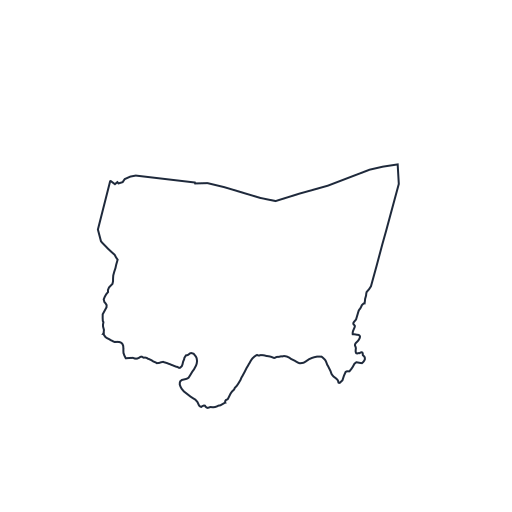 Thamazo, Dennery, Saint Lucia, rotated 50°
{"feature_id": "8701671B30671419360126", "entity_name": "Thamazo", "entity_type": "district", "adm_level": 2, "iso_a3": "LCA", "parent_name": "Saint Lucia", "parent_adm1": "Dennery", "projection": "natural_earth1", "projection_center": [-60.943, 13.934], "detail": "fine", "context": "isolated", "style": "outline", "palette": "slate", "viewbox_px": 512, "rotation_deg": 50, "n_neighbors": 0, "source": "geoboundaries", "source_scale": "gbopen_adm2", "svg_char_len": 6068}
<svg xmlns="http://www.w3.org/2000/svg" viewBox="0 0 512 512"><g transform="rotate(50 256 256)"><path d="M398.1,274.1L398.9,273.9L399.5,273.8L400.1,273.6L401.2,273.4L402.8,273.2L403.3,273.2L404.4,273.4L404.6,273.5L405.2,273.8L405.8,274.1L406.0,274.2L406.3,274.1L406.6,273.9L407.0,273.4L406.8,269.7L404.2,265.5L402.4,261.8L402.8,260.4L404.4,258.6L403.8,255.5L403.1,253.1L401.8,249.8L401.9,247.4L405.4,244.5L406.2,243.7L406.1,241.8L405.7,240.3L405.2,239.2L405.0,238.9L404.0,238.1L402.9,237.7L402.2,237.7L400.7,237.9L400.2,237.6L399.8,237.3L399.3,236.9L398.8,236.7L398.3,236.6L397.7,236.9L397.5,237.1L397.2,237.9L396.9,239.3L396.2,240.0L395.7,241.2L394.9,241.7L394.4,241.6L393.4,241.2L392.8,240.7L391.8,239.8L391.2,239.1L390.7,238.7L389.8,238.2L388.2,237.7L387.8,237.4L387.3,236.8L387.0,236.1L386.8,235.3L386.6,232.7L386.2,231.0L385.6,229.5L385.0,228.6L384.5,228.1L383.9,227.9L383.2,227.9L382.5,228.1L382.2,228.3L381.1,229.4L379.7,230.5L378.7,231.5L378.5,231.8L378.1,232.2L377.8,232.0L377.3,231.6L376.6,230.9L375.9,230.0L375.0,228.3L374.0,226.3L373.5,225.6L373.1,225.2L372.3,225.1L371.8,225.1L371.3,225.2L370.7,225.1L370.2,224.8L369.8,224.3L369.6,223.8L369.4,222.9L369.1,221.0L368.9,220.1L368.5,219.5L365.6,215.1L364.7,213.8L364.4,213.2L364.0,212.7L363.8,212.2L363.6,211.7L363.4,211.1L363.3,210.1L362.3,207.6L361.8,206.8L361.7,206.3L361.6,205.2L361.6,204.0L361.8,203.6L362.1,203.3L360.4,201.4L359.0,200.0L357.1,197.2L355.5,195.5L354.7,194.4L354.1,190.7L353.1,187.4L341.3,170.3L328.1,151.5L320.4,140.2L309.1,124.0L292.6,100.3L276.9,88.6L269.1,101.4L262.9,113.5L248.3,155.8L236.1,182.7L226.5,205.7L214.3,215.4L182.8,236.1L169.0,246.3L161.3,256.0L160.4,255.6L117.1,296.4L114.4,301.2L112.7,307.1L113.7,310.7L112.0,314.7L110.3,314.7L110.3,317.9L105.2,319.1L105.0,319.7L134.1,360.1L145.1,365.3L146.9,365.3L155.3,364.7L160.2,364.1L164.2,363.5L167.0,364.1L169.9,364.4L172.8,368.7L174.9,371.4L177.0,374.8L179.1,377.8L181.4,380.0L183.5,381.8L185.1,383.9L185.3,386.1L185.6,388.8L186.9,391.3L188.5,392.5L189.0,395.3L190.0,398.0L191.3,400.5L193.7,401.7L195.8,401.7L197.6,402.0L199.2,403.5L202.1,410.9L204.9,413.3L207.3,415.1L208.6,415.4L210.2,417.3L211.7,418.5L214.9,420.0L217.0,422.2L217.3,423.0L217.6,422.5L218.2,423.1L218.4,423.1L219.1,423.2L219.3,423.3L220.5,423.3L220.8,423.4L221.5,423.4L221.8,423.3L222.5,423.1L222.9,423.0L223.7,422.7L224.5,422.3L225.5,421.9L226.3,421.6L226.5,421.6L227.1,421.4L228.3,420.8L229.4,420.4L229.7,420.2L230.8,419.7L231.1,419.5L231.3,419.2L231.6,418.7L231.8,418.6L231.9,418.4L232.3,417.9L232.5,417.5L232.7,417.4L233.4,416.6L233.6,416.5L233.8,416.2L234.3,415.8L234.6,415.7L234.8,415.5L235.0,415.4L235.3,415.3L235.9,415.0L236.6,414.9L237.6,414.9L237.9,415.0L238.0,415.0L238.3,415.1L238.8,415.3L239.0,415.3L239.6,415.6L240.6,416.3L241.5,417.0L241.8,417.1L242.7,418.0L243.4,418.5L243.5,418.6L244.1,419.1L244.5,419.4L245.4,420.0L245.6,420.0L246.3,420.3L247.1,420.6L247.6,420.8L250.6,421.5L251.1,420.9L251.7,420.0L251.9,419.7L252.4,419.1L252.8,418.5L253.1,418.1L253.4,417.7L254.5,416.3L254.6,416.1L254.9,415.8L255.7,415.3L256.1,415.1L256.3,414.9L256.6,414.8L256.7,414.6L257.0,414.5L257.2,414.2L257.4,414.0L257.9,413.3L258.1,413.2L258.2,412.8L258.3,412.6L258.7,411.4L258.8,411.1L258.8,410.9L258.8,410.7L258.9,409.9L259.0,409.4L259.2,408.9L259.7,408.2L261.6,407.5L262.1,406.8L262.6,406.2L262.9,405.9L263.5,405.5L264.2,405.1L264.4,405.0L264.8,405.0L265.3,404.8L265.6,404.6L266.4,404.1L267.3,403.7L268.4,403.2L269.1,402.9L269.8,402.8L270.4,402.6L272.1,401.8L272.9,401.3L273.2,401.2L273.9,401.0L274.3,400.9L274.5,400.6L275.0,399.9L275.6,399.0L276.0,398.1L276.1,397.7L276.3,397.2L276.8,396.3L277.1,395.7L277.4,395.3L277.6,395.0L278.4,394.7L279.0,394.2L280.1,393.5L281.0,392.9L281.8,392.5L282.4,392.2L283.5,391.5L284.5,391.0L285.2,390.7L286.1,390.1L286.8,389.8L289.7,388.2L290.3,387.6L292.3,386.8L292.8,386.0L292.7,383.7L291.8,382.0L291.1,381.1L290.0,379.6L288.9,377.4L288.1,376.5L287.7,375.5L287.1,373.5L287.8,372.4L288.1,371.4L288.2,369.0L288.8,367.9L290.8,366.6L294.5,366.7L296.2,367.2L298.6,368.7L300.3,370.6L301.4,372.4L301.5,372.7L303.0,376.4L303.6,379.0L305.0,383.0L305.9,385.9L305.7,387.3L305.3,388.5L304.1,390.9L303.3,392.5L303.3,394.6L304.0,395.7L305.4,397.0L307.5,397.8L309.9,398.3L313.4,398.3L319.9,396.9L321.4,396.6L324.4,395.7L327.0,394.8L330.1,394.7L331.3,395.0L333.4,395.6L334.7,395.7L335.3,395.5L336.4,395.0L336.5,393.7L337.1,391.9L337.9,391.3L339.0,391.5L340.0,391.3L341.1,390.9L341.7,389.8L342.3,388.1L344.3,386.1L345.4,384.4L346.1,382.6L346.5,380.9L347.2,379.8L347.5,379.2L348.4,374.2L348.5,374.0L348.4,374.0L347.3,372.7L347.0,371.7L347.2,371.0L347.5,369.7L347.0,368.4L345.0,363.8L344.4,361.5L344.2,358.6L343.4,357.0L343.1,354.2L342.4,351.7L341.0,347.6L339.9,345.5L339.7,345.1L339.3,343.8L338.3,341.3L337.6,339.5L335.7,335.1L334.8,332.4L334.2,331.0L333.8,329.6L333.5,328.9L333.1,327.9L332.4,325.7L332.3,325.1L332.1,324.2L332.1,323.0L332.0,321.9L332.1,321.2L332.2,320.1L332.3,319.4L332.5,318.8L333.2,318.5L334.0,317.9L334.3,317.6L334.4,317.2L334.8,316.3L335.1,315.9L336.3,314.6L337.5,313.5L339.4,312.2L340.1,311.5L341.6,310.2L342.7,309.4L343.9,308.7L345.4,307.9L345.8,307.6L346.0,307.3L346.1,307.1L346.2,306.6L346.5,305.4L346.8,304.8L347.2,304.2L347.8,303.5L348.1,303.0L348.5,302.2L348.7,301.8L348.9,301.4L349.2,301.0L349.8,300.5L350.1,299.8L350.4,299.3L350.7,298.8L351.1,298.4L351.7,297.9L353.0,296.9L353.9,296.5L354.9,296.0L355.2,295.9L356.6,295.5L357.2,295.4L361.2,293.6L362.2,293.3L364.4,292.5L365.8,291.8L366.2,291.5L366.4,291.2L366.8,290.8L367.3,289.9L368.0,288.8L368.2,288.4L368.4,287.9L368.6,286.8L368.7,286.1L368.8,285.6L368.8,285.1L368.9,284.3L369.1,282.5L369.1,282.1L369.3,281.1L369.5,280.6L370.0,278.8L370.9,276.6L371.2,276.0L372.0,274.5L372.3,273.9L373.4,272.6L374.0,271.9L374.8,271.0L375.1,270.6L375.6,270.4L376.1,270.3L377.4,270.1L378.4,270.0L379.2,269.9L380.4,269.9L381.4,270.1L382.4,270.4L383.0,270.6L384.4,271.1L384.9,271.3L385.4,271.4L386.8,271.6L389.1,272.2L389.7,272.3L390.1,272.4L390.4,272.5L392.1,272.9L394.2,273.7L394.6,273.9L396.3,274.1L397.5,274.1L398.1,274.1Z" fill="none" stroke="#1e293b" stroke-width="2"/></g></svg>